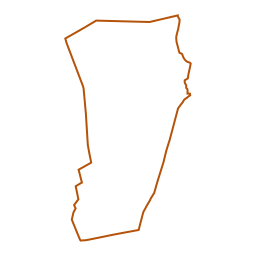 Reifi Telkok, Kassala, Sudan
{"feature_id": "16777658B60092664698782", "entity_name": "Reifi Telkok", "entity_type": "district", "adm_level": 2, "iso_a3": "SDN", "parent_name": "Sudan", "parent_adm1": "Kassala", "projection": "natural_earth1", "projection_center": [36.762, 16.137], "detail": "fine", "context": "isolated", "style": "outline", "palette": "amber", "viewbox_px": 256, "rotation_deg": 0, "n_neighbors": 0, "source": "geoboundaries", "source_scale": "gbopen_adm2", "svg_char_len": 1440}
<svg xmlns="http://www.w3.org/2000/svg" viewBox="0 0 256 256"><path d="M80.8,240.6L82.0,240.4L84.1,240.3L85.1,240.3L88.6,239.7L103.5,236.7L112.2,234.9L120.6,233.3L134.7,230.7L138.6,230.0L139.0,228.6L142.6,214.7L143.4,211.9L144.8,209.4L147.0,205.3L150.1,200.1L150.3,199.4L151.7,196.9L151.9,196.7L153.5,194.0L154.1,193.3L157.4,181.7L163.5,162.2L164.9,156.4L166.3,150.7L169.0,142.0L169.8,139.7L169.8,139.4L170.5,136.8L171.1,134.6L177.6,110.1L178.0,108.5L178.3,108.1L180.0,105.7L182.8,102.1L183.4,101.0L183.9,100.1L184.4,99.6L185.0,99.0L186.8,97.9L188.8,96.2L189.9,95.5L190.2,95.3L190.0,93.8L189.7,93.8L189.7,93.7L188.9,93.5L187.8,93.6L187.5,93.6L187.5,91.4L187.7,90.8L187.2,88.9L186.2,87.9L186.2,85.1L185.9,84.8L185.6,84.4L184.9,82.9L184.7,82.4L184.7,80.3L187.8,78.4L188.0,77.5L188.1,77.3L188.1,76.5L188.4,74.4L189.7,68.5L189.9,67.5L190.1,66.8L190.7,63.5L189.9,62.7L188.5,62.2L186.9,61.6L185.7,60.6L184.8,59.6L183.6,57.9L182.7,55.6L182.1,54.0L180.6,53.2L179.6,52.9L179.1,51.7L178.5,49.3L177.6,45.8L176.6,42.2L176.2,38.1L176.4,35.9L177.8,30.4L178.0,29.6L178.2,29.0L179.0,24.4L179.4,22.7L179.6,19.9L179.6,19.6L177.8,16.4L177.8,15.4L149.6,22.0L134.2,21.6L126.3,21.4L96.2,20.6L83.9,27.9L65.3,38.5L66.6,43.1L83.0,86.2L83.6,88.6L85.9,113.9L87.8,144.7L88.9,151.1L91.2,162.6L78.6,169.7L81.9,182.5L75.7,186.2L78.4,199.3L74.1,205.0L75.6,208.5L73.5,212.3L71.8,219.6L77.1,232.7L80.1,239.9L80.8,240.6Z" fill="none" stroke="#b45309" stroke-width="2"/></svg>